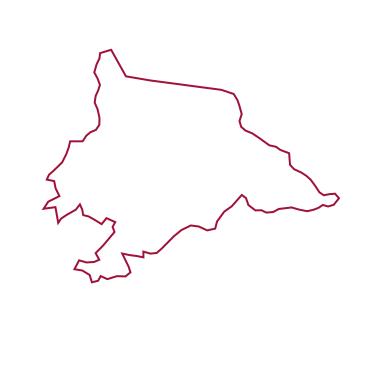 the district of Aratuba, Ceará, Brazil, rotated 286°
{"feature_id": "56859067B93489736245944", "entity_name": "Aratuba", "entity_type": "district", "adm_level": 2, "iso_a3": "BRA", "parent_name": "Brazil", "parent_adm1": "Ceará", "projection": "mercator", "projection_center": [-39.036, -4.434], "detail": "fine", "context": "isolated", "style": "outline", "palette": "rose", "viewbox_px": 384, "rotation_deg": 286, "n_neighbors": 0, "source": "geoboundaries", "source_scale": "gbopen_adm2", "svg_char_len": 1625}
<svg xmlns="http://www.w3.org/2000/svg" viewBox="0 0 384 384"><g transform="rotate(286 192 192)"><path d="M306.4,75.1L300.2,65.4L294.8,66.2L288.3,65.1L280.0,65.1L275.1,69.9L269.6,74.0L263.5,73.8L257.9,72.9L251.1,73.8L245.4,78.5L237.6,82.7L231.0,84.4L225.2,82.5L221.5,77.9L217.0,74.9L210.6,72.9L207.1,60.9L200.7,61.2L193.6,60.7L184.7,59.0L174.5,53.2L169.2,49.8L163.9,49.0L164.5,56.5L157.9,59.9L151.5,65.7L143.1,56.5L135.0,54.0L139.8,64.9L125.5,71.9L130.3,73.5L135.3,77.7L143.0,85.2L149.2,87.7L144.7,91.4L139.8,93.8L140.0,99.5L138.6,105.3L136.2,114.0L143.3,117.0L141.9,126.5L136.6,125.3L132.2,128.5L125.9,125.7L115.8,121.2L106.7,116.2L101.3,121.5L97.7,117.1L95.2,110.0L95.2,102.3L85.4,100.3L86.3,108.2L84.0,116.5L77.6,120.7L80.8,126.2L86.0,127.4L84.9,134.6L90.4,143.0L92.5,151.3L97.8,155.0L102.7,151.7L113.6,141.9L114.2,149.7L115.3,157.0L115.8,163.3L121.3,161.7L121.3,168.9L123.6,174.8L129.1,178.4L144.5,186.8L152.5,192.3L159.5,200.1L160.7,208.0L159.3,217.2L163.2,224.4L170.5,224.2L182.0,228.4L189.3,234.2L202.9,240.7L201.0,245.6L195.0,249.8L191.8,258.0L193.6,263.8L192.7,269.1L195.1,275.5L199.6,280.1L202.0,285.8L204.6,292.0L204.6,300.1L205.3,308.1L208.5,313.8L211.7,318.0L215.6,321.3L215.6,326.8L218.8,331.8L226.5,335.0L229.8,330.0L227.9,324.9L225.2,319.6L226.8,314.6L231.8,308.8L236.6,302.6L239.0,297.6L240.8,291.9L242.1,283.7L245.2,278.7L256.0,274.7L256.8,265.2L258.6,260.4L258.2,253.4L262.5,241.5L265.0,233.6L265.8,226.4L268.2,221.3L273.3,218.1L280.6,218.3L288.4,213.5L292.7,210.5L297.7,205.1L298.3,192.1L295.0,170.0L290.5,139.7L287.7,121.0L285.0,96.6L306.4,75.1Z" fill="none" stroke="#9f1239" stroke-width="2"/></g></svg>